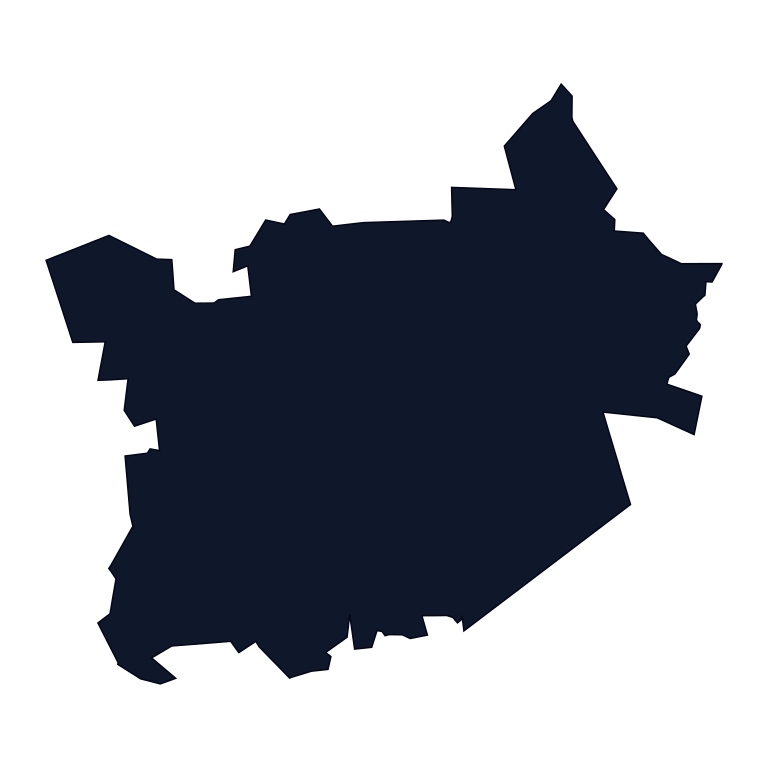 Moctezuma, Sonora, Mexico (Equal Earth projection)
{"feature_id": "50627088B96835442150704", "entity_name": "Moctezuma", "entity_type": "district", "adm_level": 2, "iso_a3": "MEX", "parent_name": "Mexico", "parent_adm1": "Sonora", "projection": "equal_earth", "projection_center": [-109.717, 29.748], "detail": "fine", "context": "isolated", "style": "filled", "palette": "ink", "viewbox_px": 768, "rotation_deg": 0, "n_neighbors": 0, "source": "geoboundaries", "source_scale": "gbopen_adm2", "svg_char_len": 2105}
<svg xmlns="http://www.w3.org/2000/svg" viewBox="0 0 768 768"><path d="M532.7,113.5L504.3,146.1L515.9,189.7L451.6,187.4L451.9,200.4L452.0,204.2L452.3,216.3L451.0,221.4L449.5,222.7L443.9,220.1L437.6,220.3L437.4,220.3L434.5,220.4L363.6,222.6L361.2,222.9L359.1,223.1L332.5,226.2L319.4,209.0L290.2,214.5L284.4,224.0L265.7,220.0L249.9,246.1L235.2,249.7L233.2,271.7L245.3,266.8L247.8,265.8L247.9,266.7L251.3,295.5L251.4,296.3L218.6,299.7L214.1,303.0L208.9,303.1L195.0,303.2L174.0,289.8L172.7,271.5L171.8,259.6L156.7,259.1L111.3,236.6L109.0,235.4L46.1,260.3L59.1,300.1L72.8,342.4L105.2,341.8L98.0,380.3L109.2,379.9L111.2,379.8L128.3,378.7L127.8,381.0L124.2,410.3L134.5,426.2L156.2,419.0L159.5,450.6L150.1,448.9L147.4,453.2L130.1,455.4L125.1,456.0L127.8,487.7L130.1,514.4L130.9,517.8L132.9,526.2L118.8,551.3L111.0,565.1L108.8,568.5L111.0,571.4L116.0,578.8L111.8,603.1L111.0,608.1L110.0,613.8L108.5,614.9L97.9,623.0L118.1,662.6L118.0,663.2L117.8,664.4L140.8,678.9L160.3,683.9L175.7,678.3L151.6,657.9L171.7,646.0L230.7,641.3L238.8,652.6L255.9,641.3L259.0,646.6L264.2,652.0L264.7,652.5L273.4,661.5L274.2,662.2L289.6,678.1L292.1,677.1L311.3,671.2L328.0,669.4L330.9,656.6L325.6,652.5L347.1,637.2L349.7,614.4L354.6,649.1L371.7,647.3L377.0,630.6L382.0,631.4L385.1,635.7L389.1,634.6L402.3,634.8L410.2,638.5L427.4,635.1L421.9,615.7L437.9,615.6L446.8,615.5L452.8,617.4L457.5,622.9L461.1,619.9L462.1,615.7L463.9,630.9L574.9,546.7L630.5,504.5L629.4,500.8L629.1,499.9L619.5,467.8L619.1,466.1L618.6,464.4L608.1,429.4L607.6,427.7L607.1,426.0L603.0,412.1L655.5,417.6L657.0,417.7L694.1,434.6L701.9,396.2L667.0,384.2L667.7,381.0L668.8,377.3L674.9,374.0L689.0,354.5L689.2,354.0L686.1,346.1L699.2,329.0L699.9,327.7L700.2,324.4L697.5,321.8L696.4,320.0L697.2,314.0L695.4,304.1L702.9,296.9L704.9,295.3L706.0,281.7L712.1,282.0L721.7,264.5L721.9,263.6L715.7,263.6L681.3,263.7L667.6,257.2L661.7,254.6L649.9,241.2L643.2,233.1L639.8,232.9L614.3,231.0L614.8,219.5L603.5,209.6L616.9,188.8L609.4,177.4L577.0,127.7L572.9,121.4L571.9,117.4L572.1,96.1L561.2,84.1L551.1,100.7L532.7,113.5Z" fill="#0f172a" stroke="#020617" stroke-width="1.5"/></svg>